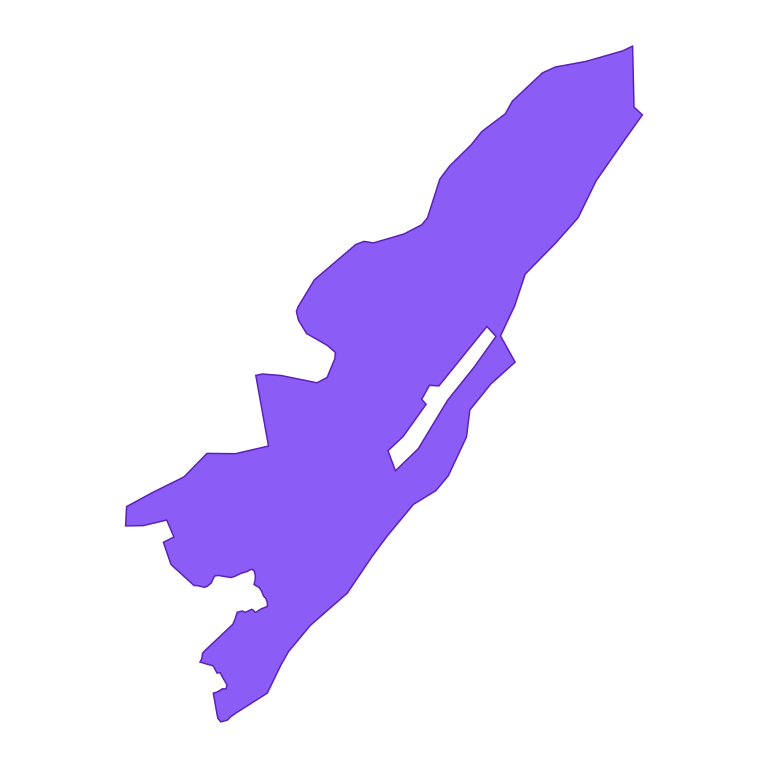 Kibray, Tashkent, Uzbekistan
{"feature_id": "79887680B41962593359700", "entity_name": "Kibray", "entity_type": "district", "adm_level": 2, "iso_a3": "UZB", "parent_name": "Uzbekistan", "parent_adm1": "Tashkent", "projection": "orthographic", "projection_center": [69.431, 41.454], "detail": "fine", "context": "isolated", "style": "filled", "palette": "violet", "viewbox_px": 768, "rotation_deg": 0, "n_neighbors": 0, "source": "geoboundaries", "source_scale": "gbopen_adm2", "svg_char_len": 1771}
<svg xmlns="http://www.w3.org/2000/svg" viewBox="0 0 768 768"><path d="M236.1,712.9L267.3,693.1L281.0,664.9L288.5,651.6L310.4,625.3L347.4,593.0L372.5,555.8L387.2,536.0L413.4,504.4L435.9,490.6L448.4,475.6L466.5,436.9L469.8,410.0L490.7,384.1L515.1,362.1L500.5,335.9L514.6,306.0L525.2,274.1L555.3,243.4L578.1,217.7L596.1,180.8L625.1,139.1L642.4,114.9L634.0,107.1L632.6,46.1L622.9,50.8L586.0,61.4L559.3,66.3L555.4,67.0L542.5,72.8L512.4,101.1L505.3,113.8L481.8,131.5L471.2,144.8L449.7,165.9L439.8,179.2L427.5,217.8L421.7,224.8L403.6,234.1L373.5,242.9L364.0,241.4L355.9,244.4L314.4,279.8L297.9,307.2L296.4,311.5L298.4,320.1L306.6,333.5L327.3,345.4L335.4,352.5L334.8,358.8L327.1,377.5L317.0,382.8L281.0,375.5L262.4,374.0L255.8,375.4L268.5,446.0L235.5,453.7L207.0,453.4L184.0,476.9L151.8,492.9L126.6,506.6L125.6,525.9L143.3,525.6L166.7,520.0L173.9,537.0L163.4,542.3L171.0,564.5L194.1,585.6L197.2,585.6L204.6,587.3L207.3,586.2L211.3,583.0L212.8,579.5L214.5,576.1L218.1,575.4L225.1,576.6L231.2,577.5L234.9,576.3L240.9,573.4L247.3,571.4L250.0,569.9L252.1,569.3L254.3,571.2L255.4,575.9L255.1,580.5L254.0,584.5L259.4,587.7L261.6,591.2L263.6,596.1L265.8,598.4L267.3,602.5L267.4,606.5L261.5,608.7L256.3,612.0L254.8,612.3L253.6,610.4L251.6,609.3L248.7,610.8L245.1,612.4L242.8,611.1L240.2,611.4L237.2,612.3L235.8,616.7L234.7,620.2L232.7,624.4L204.3,651.2L202.6,653.2L201.7,658.9L200.0,662.1L213.2,665.9L217.0,673.0L220.4,672.8L221.6,675.6L227.0,684.8L226.1,688.9L222.4,688.8L217.4,691.9L213.3,693.2L216.8,713.0L217.9,718.4L220.9,721.9L227.4,720.1L230.8,716.7L236.1,712.9ZM474.3,366.9L447.5,400.4L418.2,448.8L395.4,470.8L388.0,450.7L403.1,436.5L426.1,404.3L421.7,399.3L429.5,385.3L438.9,385.9L486.9,326.5L496.0,336.4L474.3,366.9Z" fill="#8b5cf6" stroke="#5b21b6" stroke-width="1.5"/></svg>